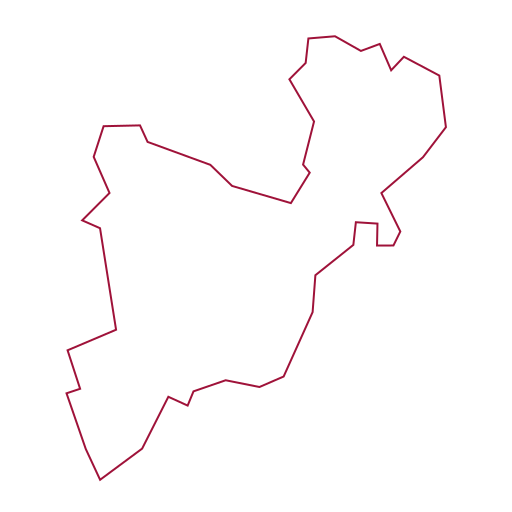 Arachinovo, Lipkovo, North Macedonia (orthographic projection), rotated 357°
{"feature_id": "65306769B96419265045604", "entity_name": "Arachinovo", "entity_type": "district", "adm_level": 2, "iso_a3": "MKD", "parent_name": "North Macedonia", "parent_adm1": "Lipkovo", "projection": "orthographic", "projection_center": [21.596, 42.042], "detail": "fine", "context": "isolated", "style": "outline", "palette": "rose", "viewbox_px": 512, "rotation_deg": 357, "n_neighbors": 0, "source": "geoboundaries", "source_scale": "gbopen_adm2", "svg_char_len": 713}
<svg xmlns="http://www.w3.org/2000/svg" viewBox="0 0 512 512"><g transform="rotate(357 256 256)"><path d="M319.7,41.5L315.7,65.8L298.6,81.3L321.0,124.7L307.8,167.2L314.0,175.6L293.6,205.0L235.8,184.8L215.2,162.6L153.7,136.4L147.0,119.5L110.6,118.4L99.1,148.5L113.0,185.4L84.3,211.3L101.7,220.1L112.4,322.3L62.9,340.3L73.4,379.4L59.6,383.2L75.9,439.8L88.6,471.3L132.2,442.4L161.1,392.0L179.9,401.8L186.5,387.9L219.2,378.5L252.6,387.0L277.3,377.8L309.6,315.0L314.3,278.3L353.8,250.0L357.5,227.5L379.0,230.0L377.4,251.9L393.8,252.7L401.4,239.1L384.5,199.7L427.9,166.1L452.4,137.3L448.5,85.4L414.1,64.8L400.7,77.6L390.7,50.7L371.5,56.7L346.4,40.7L319.7,41.5Z" fill="none" stroke="#9f1239" stroke-width="2"/></g></svg>